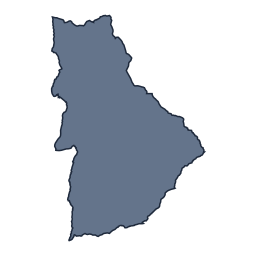 Socotá, Boyacá, Colombia
{"feature_id": "7082276B38564050638849", "entity_name": "Socotá", "entity_type": "district", "adm_level": 2, "iso_a3": "COL", "parent_name": "Colombia", "parent_adm1": "Boyacá", "projection": "mercator", "projection_center": [-72.569, 5.942], "detail": "fine", "context": "isolated", "style": "filled", "palette": "slate", "viewbox_px": 256, "rotation_deg": 0, "n_neighbors": 0, "source": "geoboundaries", "source_scale": "gbopen_adm2", "svg_char_len": 5697}
<svg xmlns="http://www.w3.org/2000/svg" viewBox="0 0 256 256"><path d="M125.5,50.2L123.9,45.0L122.7,43.4L122.0,41.5L120.7,39.8L118.3,37.3L116.9,37.2L116.0,37.7L115.3,38.4L114.8,36.9L113.3,35.8L112.7,34.9L112.4,33.6L113.0,31.6L113.0,30.0L111.8,26.7L110.8,24.9L110.7,24.4L110.8,23.7L111.7,20.3L110.9,19.1L111.0,17.3L109.5,15.5L107.3,16.0L106.5,16.0L105.2,15.4L104.3,15.7L103.3,15.7L102.0,16.5L100.3,16.8L100.2,17.3L99.4,18.3L97.1,19.4L96.7,19.9L96.2,19.7L95.2,20.2L94.9,20.2L94.1,21.1L93.3,21.5L93.5,22.4L91.8,21.8L90.5,21.2L89.7,20.5L89.4,20.5L86.8,21.5L85.4,23.4L84.7,24.8L83.6,25.8L82.9,25.6L79.6,25.4L77.6,26.0L76.6,26.0L74.5,24.9L72.1,22.9L71.6,21.7L70.5,20.9L69.2,21.0L67.2,22.2L65.9,22.5L64.4,22.6L63.7,20.6L63.0,19.8L58.2,18.4L57.0,17.8L55.1,17.7L52.4,17.0L53.0,19.4L52.7,21.7L53.1,23.7L52.9,25.2L53.5,26.5L53.2,28.0L54.0,29.8L53.6,31.6L54.3,33.5L54.2,33.9L53.7,34.4L53.6,34.9L54.3,36.4L53.5,38.9L54.2,42.6L53.4,47.1L52.3,48.4L51.8,51.0L53.1,51.7L53.6,52.5L54.5,52.4L55.1,52.8L56.1,53.1L56.8,54.5L57.4,55.1L58.4,56.9L58.5,58.6L59.4,60.6L59.4,61.3L59.1,62.3L59.7,64.5L60.2,65.6L61.6,67.9L61.8,68.6L61.8,68.9L59.7,69.8L59.0,70.4L59.8,72.1L58.9,73.8L58.1,76.2L57.6,76.7L56.8,77.0L56.2,78.9L55.8,79.1L55.1,79.2L54.7,79.7L54.3,80.9L54.6,81.0L54.2,82.4L53.3,83.9L53.3,85.0L52.9,85.6L53.0,86.3L52.3,86.8L51.6,88.7L51.7,91.4L52.2,93.7L53.7,96.2L54.3,96.4L55.4,96.2L56.1,95.8L56.7,94.7L57.7,94.3L57.5,95.1L58.1,94.9L58.3,96.1L58.3,97.3L59.5,96.8L59.5,97.8L60.6,97.5L64.8,101.0L65.5,101.9L66.0,101.9L65.9,102.3L66.8,103.1L66.6,103.7L66.5,104.9L67.1,105.7L67.0,106.8L67.2,107.7L66.5,109.4L66.3,110.6L65.3,111.8L64.5,112.3L64.1,112.3L62.8,114.0L62.4,115.9L62.7,117.1L62.6,119.0L62.2,120.5L62.5,121.6L62.0,122.4L62.3,124.0L61.6,126.0L60.6,130.3L60.7,133.8L60.5,135.8L60.0,136.9L58.0,139.1L55.4,143.1L54.8,144.8L54.7,146.3L55.9,148.9L55.8,150.3L56.4,150.4L59.1,150.6L61.4,150.3L66.3,148.9L68.4,148.8L70.6,148.3L71.2,148.0L72.1,146.4L73.8,145.4L74.4,146.3L75.0,146.3L75.2,146.6L75.6,147.9L75.9,147.9L75.8,148.1L76.4,149.1L76.5,150.1L77.0,150.5L77.6,152.0L76.9,153.5L76.7,154.7L75.8,155.2L74.4,157.4L73.7,159.1L73.6,160.3L72.7,161.4L72.9,161.8L73.5,162.2L73.6,162.7L73.1,162.9L73.3,163.5L72.0,167.4L71.7,169.3L71.2,170.1L71.3,171.0L71.7,171.5L71.7,171.8L71.0,172.5L71.1,173.7L70.5,174.2L70.0,176.6L70.1,177.4L68.9,180.2L69.2,181.6L69.7,181.9L69.6,182.2L70.1,183.0L69.8,184.0L70.2,184.6L70.1,185.3L70.7,186.9L70.4,187.6L70.4,188.2L70.2,188.5L70.3,189.1L70.0,189.5L70.3,190.2L70.3,190.7L70.1,191.1L69.8,191.2L69.5,192.1L68.7,195.1L68.6,196.6L68.0,197.8L67.7,199.8L68.3,200.4L68.4,200.8L69.1,200.6L69.4,200.8L69.9,202.7L70.6,203.5L70.5,204.2L71.0,204.7L71.2,205.3L72.2,206.1L72.9,207.4L73.0,208.0L72.6,208.7L72.8,209.3L72.5,209.8L72.7,210.3L72.1,211.7L72.3,214.4L71.9,217.2L72.3,218.8L71.9,220.8L71.5,221.4L71.8,222.0L71.8,222.9L72.1,223.7L71.7,226.0L72.0,227.1L72.7,227.6L72.8,228.1L72.2,228.9L71.9,230.7L71.3,231.7L71.4,233.3L70.6,234.2L70.8,235.7L70.6,236.5L69.9,237.4L69.3,239.4L68.9,240.1L69.2,240.6L71.3,239.8L72.3,239.0L72.8,238.0L73.9,236.5L74.0,235.3L74.3,234.8L75.4,235.2L76.3,236.1L79.9,235.7L80.9,236.1L81.8,235.9L82.3,235.0L85.0,233.5L86.2,234.2L87.4,234.5L89.4,234.0L91.3,234.3L92.8,235.1L95.4,235.0L97.1,236.1L98.2,236.4L100.0,235.2L102.0,234.7L103.6,233.5L107.3,232.9L109.5,233.4L110.5,232.3L112.6,230.5L115.0,229.4L116.9,227.5L118.0,227.3L118.3,226.4L119.2,226.1L119.9,225.6L121.1,225.4L121.6,225.7L122.0,225.5L122.4,225.8L123.2,225.7L124.3,226.6L124.8,227.7L125.3,227.8L127.0,227.6L128.8,226.5L129.4,226.5L129.8,226.1L130.4,226.2L130.9,225.9L133.2,225.7L134.0,225.3L134.6,225.4L135.0,224.8L136.8,224.5L139.0,223.7L142.2,223.7L143.3,223.5L142.4,222.9L142.2,222.4L144.0,221.3L144.6,220.8L146.1,220.9L146.3,220.4L147.4,219.6L147.9,218.3L147.6,217.7L147.5,216.9L148.2,215.9L149.0,215.8L149.8,215.2L150.5,214.1L151.7,213.6L152.1,212.7L152.9,212.3L153.2,211.7L154.1,211.0L155.2,209.8L155.7,209.6L156.1,208.9L157.8,208.2L158.9,207.4L159.6,206.2L159.8,204.0L160.6,202.2L160.9,199.4L163.3,197.6L164.2,196.6L165.1,194.8L165.1,193.6L165.3,192.8L167.4,191.0L168.5,190.4L171.3,189.3L174.5,188.5L175.1,188.2L174.4,187.6L174.4,186.9L174.8,185.0L174.8,183.8L175.3,183.1L175.6,181.7L175.5,180.2L177.2,177.9L178.3,175.7L178.9,175.3L179.4,175.2L180.9,173.0L180.9,171.6L181.7,170.2L182.0,168.3L184.1,166.9L184.9,165.7L187.0,165.9L187.7,165.3L188.9,163.7L191.9,162.8L192.3,161.4L192.7,161.3L192.9,160.5L193.5,160.3L194.0,159.6L195.8,158.7L196.3,157.8L197.2,157.1L198.2,156.9L198.7,156.5L199.3,156.6L200.4,156.1L200.9,155.4L201.4,155.4L202.3,154.9L203.5,152.9L204.4,152.0L203.6,152.0L203.9,150.9L203.9,150.0L203.2,148.8L203.0,147.7L202.4,147.6L201.5,146.9L200.7,145.5L200.7,144.4L200.1,143.6L200.1,142.1L199.5,141.5L199.5,140.7L199.3,140.3L198.0,139.6L197.5,139.0L197.4,137.1L196.5,136.2L195.0,135.7L194.6,134.6L193.4,133.5L193.2,132.8L192.4,132.6L192.3,132.2L191.9,131.8L191.5,130.4L188.4,130.1L188.3,129.8L187.9,129.7L187.9,129.1L187.7,128.7L187.6,128.2L187.0,128.1L186.8,127.5L184.6,126.7L184.1,126.2L183.6,122.8L183.2,121.7L183.7,119.4L183.6,118.9L182.6,117.9L180.7,117.0L179.2,116.5L177.9,116.6L175.3,115.5L174.3,115.6L173.7,115.2L172.0,115.3L171.2,113.9L170.9,113.7L168.3,113.1L167.9,112.6L167.7,111.5L166.5,110.9L164.8,109.2L161.0,106.9L159.1,104.0L158.1,101.6L156.3,100.0L155.5,99.0L154.3,98.1L153.0,96.6L152.3,95.1L152.1,93.6L146.6,93.6L146.9,92.3L146.8,91.6L146.4,90.8L145.6,90.2L144.4,87.7L143.7,87.6L143.1,87.1L141.6,86.9L141.0,86.6L137.9,85.8L134.9,85.9L133.7,85.1L133.3,84.1L132.1,82.4L130.6,78.5L126.9,71.9L126.3,70.5L128.5,66.0L128.8,62.9L129.2,62.2L130.8,60.6L131.7,58.0L131.0,57.0L128.9,54.7L127.9,54.0L126.4,53.5L126.1,52.7L125.5,50.2Z" fill="#64748b" stroke="#1e293b" stroke-width="1.5"/></svg>